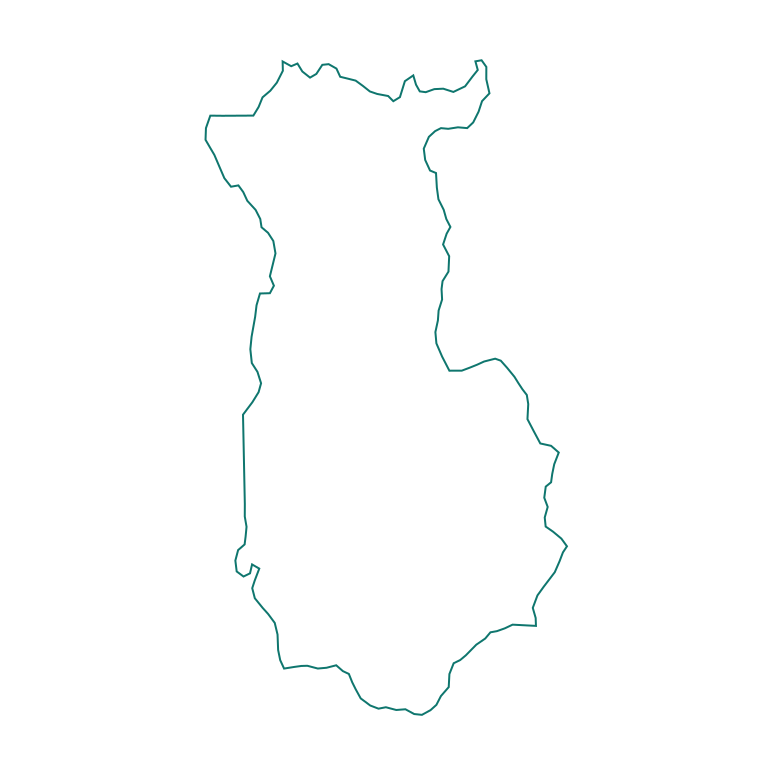 the district of Santa Cruz das Palmeiras, São Paulo, Brazil, rotated 183°
{"feature_id": "56859067B4316799749613", "entity_name": "Santa Cruz das Palmeiras", "entity_type": "district", "adm_level": 2, "iso_a3": "BRA", "parent_name": "Brazil", "parent_adm1": "São Paulo", "projection": "equal_earth", "projection_center": [-47.253, -21.862], "detail": "fine", "context": "isolated", "style": "outline", "palette": "teal", "viewbox_px": 768, "rotation_deg": 183, "n_neighbors": 0, "source": "geoboundaries", "source_scale": "gbopen_adm2", "svg_char_len": 2507}
<svg xmlns="http://www.w3.org/2000/svg" viewBox="0 0 768 768"><g transform="rotate(183 384 384)"><path d="M501.4,691.5L506.8,679.3L512.9,670.9L520.3,663.9L523.7,654.1L528.5,645.2L559.3,643.4L571.5,642.9L575.2,630.2L575.0,618.5L569.7,610.4L565.4,603.9L559.5,591.9L554.2,581.2L547.1,573.0L539.8,574.7L534.6,568.3L530.1,559.8L521.3,551.1L516.2,542.3L514.5,534.1L507.7,528.9L502.0,521.0L499.2,508.7L501.5,496.6L503.6,485.6L499.1,476.4L502.7,468.7L512.6,467.9L515.4,456.0L516.2,444.3L517.7,432.3L518.7,424.3L519.3,411.7L517.1,398.0L511.0,389.5L506.8,378.3L508.8,369.3L514.5,358.9L523.2,346.0L516.7,256.9L516.1,244.4L513.8,234.2L514.2,224.7L514.8,216.5L521.0,210.5L523.2,199.9L521.3,189.1L514.2,184.4L507.9,187.9L506.3,196.9L498.9,193.1L502.8,181.0L504.9,173.2L501.8,163.3L493.4,154.0L487.7,148.3L480.6,139.7L477.2,128.2L475.8,112.8L473.2,102.8L468.9,94.6L458.6,96.8L451.8,98.1L445.8,98.6L435.2,96.4L426.6,97.6L417.0,100.6L410.0,95.1L403.9,92.6L400.1,84.4L396.2,77.5L390.8,68.8L380.9,62.2L372.5,59.5L365.2,61.3L354.7,59.1L345.6,60.3L336.6,56.0L328.8,55.6L320.4,60.8L314.9,66.3L310.8,75.4L303.5,84.7L303.5,97.8L299.8,108.8L293.5,112.3L288.1,117.3L278.2,128.5L269.6,135.1L264.7,141.6L258.3,143.1L250.6,146.3L243.0,150.4L228.3,150.4L219.6,150.4L220.3,158.3L223.7,168.2L219.7,180.9L213.9,189.9L203.6,205.0L199.4,216.2L196.5,225.2L192.8,231.5L198.8,238.9L207.5,245.4L215.1,250.1L216.5,259.1L214.1,269.8L218.0,278.8L217.1,290.0L212.0,294.6L211.3,302.9L209.8,312.8L205.9,324.7L213.9,331.0L224.8,332.8L231.8,344.4L238.9,356.4L238.9,371.5L240.8,380.5L245.5,386.0L249.7,391.7L254.1,398.0L261.9,406.6L268.6,413.4L274.3,415.1L285.2,411.7L291.9,408.2L299.0,404.9L307.0,401.4L319.4,400.7L327.4,414.4L333.8,427.3L335.4,438.5L333.5,450.3L333.3,460.2L330.4,471.4L331.5,481.8L330.9,489.8L325.5,499.6L325.6,515.0L332.3,526.4L329.3,537.4L325.9,544.3L330.4,552.0L333.5,561.1L339.3,571.3L341.5,582.9L343.1,597.4L349.2,599.6L354.6,609.9L356.6,621.1L352.1,633.2L346.2,639.2L340.5,642.5L333.2,642.2L323.6,644.2L314.3,643.9L308.6,649.9L303.8,660.9L300.9,671.6L293.9,679.8L297.8,693.7L298.4,706.0L303.5,712.4L309.6,711.0L306.8,702.5L311.7,695.7L318.6,685.5L330.0,679.3L340.3,682.0L349.2,681.1L357.6,677.6L363.6,678.1L367.7,684.6L370.9,693.7L379.0,687.5L383.1,671.3L389.5,666.9L394.9,671.8L406.0,673.3L413.4,675.4L420.7,680.6L428.2,685.5L436.4,687.1L443.8,688.5L448.0,696.5L456.0,700.5L462.3,699.5L467.8,690.1L473.9,686.1L481.9,691.8L487.2,699.5L493.3,696.5L502.1,700.8L501.4,691.5Z" fill="none" stroke="#0f766e" stroke-width="2"/></g></svg>